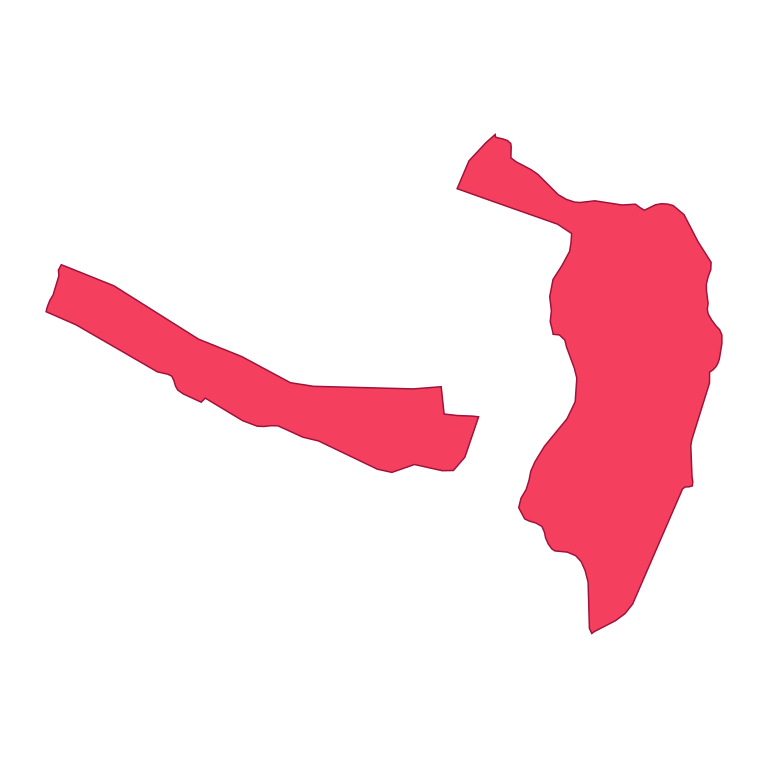 the border of Sarangani
{"feature_id": "PHL-2598", "entity_name": "Sarangani", "entity_type": "Province", "adm_level": 1, "iso_a3": "PHL", "parent_name": "Philippines", "parent_adm1": "", "projection": "mercator", "projection_center": [125.149, 6.009], "detail": "fine", "context": "isolated", "style": "filled", "palette": "rose", "viewbox_px": 768, "rotation_deg": 0, "n_neighbors": 0, "source": "natural_earth", "source_scale": "10m", "svg_char_len": 1900}
<svg xmlns="http://www.w3.org/2000/svg" viewBox="0 0 768 768"><path d="M591.8,633.5L589.4,628.4L588.1,582.1L585.1,570.5L581.2,561.7L575.6,555.6L567.2,552.1L554.9,550.9L551.8,548.9L548.3,544.0L545.6,538.0L544.5,532.4L541.9,526.4L535.8,523.0L529.1,521.0L524.7,518.9L518.7,507.7L521.0,498.2L526.2,489.4L529.0,480.4L530.8,471.2L535.0,461.7L544.5,446.2L567.0,418.8L575.2,401.7L576.8,378.2L574.4,368.4L566.6,347.2L564.8,340.0L559.3,334.9L553.1,334.3L552.9,332.5L550.2,321.6L551.4,310.8L549.7,296.7L553.0,279.5L562.1,265.3L569.6,251.4L571.0,242.7L571.6,233.5L557.6,224.2L493.2,201.5L457.1,188.7L469.0,160.8L486.1,142.5L495.2,134.5L495.5,137.0L497.7,137.8L502.4,138.8L507.4,140.5L510.7,143.4L511.2,146.7L510.9,157.8L516.1,161.8L530.9,169.6L537.9,174.4L558.1,194.6L566.4,199.4L574.6,202.1L580.1,202.5L594.9,200.8L622.0,205.0L635.5,204.2L640.0,207.6L644.4,210.2L655.4,204.8L661.5,203.7L667.8,204.1L673.2,205.6L684.0,214.6L698.0,241.7L711.1,262.3L710.8,269.5L708.2,276.5L706.3,284.4L706.5,291.1L708.1,303.2L707.3,309.5L708.2,314.0L711.7,320.1L716.1,326.0L719.6,329.7L721.9,335.0L721.9,343.6L719.3,359.3L717.8,363.5L715.7,367.0L713.0,369.8L709.6,372.1L709.5,383.1L691.9,439.4L690.8,445.7L692.0,476.4L692.8,481.6L692.3,485.9L689.1,486.8L685.1,487.0L682.5,489.0L632.6,604.1L624.9,613.7L624.2,614.2L615.3,620.8L615.2,620.8L594.3,631.6L591.8,633.5ZM478.6,416.8L464.9,457.1L453.4,470.5L442.2,470.7L414.4,464.5L391.9,472.4L377.4,469.2L318.4,440.9L302.9,437.2L277.9,425.8L271.0,425.7L263.7,426.5L257.3,426.2L242.9,420.8L205.2,398.1L201.2,402.2L183.4,394.0L177.8,390.1L175.6,386.3L174.0,380.9L171.8,376.2L167.8,374.2L157.5,371.9L76.2,324.9L46.1,311.7L47.4,306.6L49.8,300.5L53.4,294.4L53.4,293.9L58.9,275.8L58.4,270.1L61.3,264.7L113.9,285.8L198.6,339.2L241.8,356.6L290.4,382.7L313.3,386.3L413.2,388.9L441.2,386.7L444.1,414.0L457.1,415.5L472.4,416.1L478.6,416.8Z" fill="#f43f5e" stroke="#9f1239" stroke-width="1.5"/></svg>